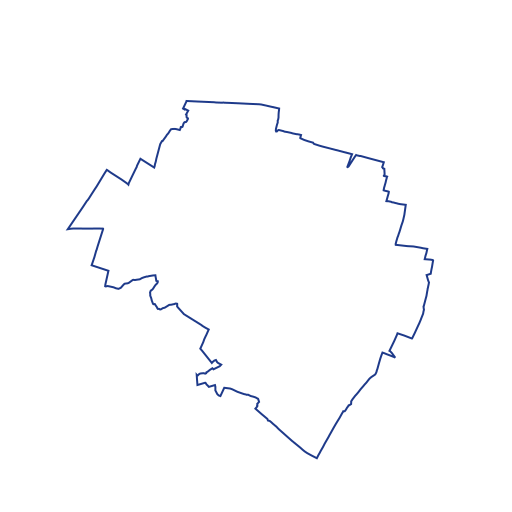 Mihail Kogalniceanu, Tulcea, Romania, rotated 30°
{"feature_id": "2599482B55110090687789", "entity_name": "Mihail Kogalniceanu", "entity_type": "district", "adm_level": 2, "iso_a3": "ROU", "parent_name": "Romania", "parent_adm1": "Tulcea", "projection": "mercator", "projection_center": [28.734, 45.026], "detail": "fine", "context": "isolated", "style": "outline", "palette": "blue", "viewbox_px": 512, "rotation_deg": 30, "n_neighbors": 0, "source": "geoboundaries", "source_scale": "gbopen_adm2", "svg_char_len": 6077}
<svg xmlns="http://www.w3.org/2000/svg" viewBox="0 0 512 512"><g transform="rotate(30 256 256)"><path d="M416.2,184.0L415.6,182.5L414.8,180.3L414.6,179.7L413.9,177.5L412.5,173.8L411.6,171.3L411.1,171.1L408.9,171.9L403.7,174.4L402.7,171.1L402.1,168.3L401.3,165.8L400.8,164.2L396.7,165.8L394.7,166.4L387.6,169.0L382.1,171.8L373.8,175.4L370.7,176.8L371.0,176.5L371.0,176.0L370.2,173.2L369.7,171.1L369.2,169.1L369.1,168.0L368.4,164.7L368.3,163.9L367.7,161.2L366.7,157.1L365.9,152.9L365.3,150.7L363.9,146.2L360.1,136.8L354.9,139.0L352.8,139.7L351.5,140.0L350.3,140.4L348.3,140.9L346.9,141.5L345.9,141.5L344.1,142.1L343.2,142.4L342.2,143.0L341.5,143.3L340.2,138.3L339.5,135.4L339.1,134.4L339.0,134.0L338.7,133.9L338.3,134.0L335.4,134.9L333.7,135.3L333.5,134.9L333.3,134.3L332.7,132.5L332.4,131.1L332.1,130.1L331.9,129.2L331.5,127.6L330.8,125.4L330.3,123.4L329.8,121.9L329.8,121.7L328.8,121.9L328.1,122.3L327.5,122.5L326.7,122.7L326.5,122.4L326.7,121.8L326.7,121.4L326.5,120.9L323.5,116.3L322.1,116.6L321.1,115.8L320.8,115.8L320.5,114.0L319.8,110.9L304.6,115.0L296.5,117.1L295.9,117.5L292.6,118.5L292.2,118.5L292.0,120.2L291.8,123.8L291.4,132.1L291.0,133.0L290.7,133.9L290.2,130.9L289.5,126.6L288.8,123.5L288.3,119.8L258.7,128.0L255.5,128.8L250.3,129.9L249.7,129.8L248.8,129.3L244.1,130.5L239.7,131.4L235.6,131.8L235.3,131.7L234.5,128.7L232.7,129.2L230.8,129.9L230.3,130.2L228.8,130.7L226.4,131.5L224.9,131.8L221.2,133.0L218.3,134.1L217.5,134.1L214.0,135.1L212.7,135.5L212.4,135.8L212.1,136.5L211.8,137.7L211.2,138.1L210.5,137.6L209.7,135.9L208.5,131.7L208.1,129.6L207.1,127.9L207.0,126.9L206.3,124.9L204.7,122.0L203.7,119.9L203.1,118.4L202.3,116.7L184.7,122.2L182.7,123.1L173.5,127.9L164.5,132.5L157.0,136.4L151.9,139.1L151.2,139.3L150.0,140.2L144.5,143.1L143.0,143.7L128.8,151.1L118.3,156.5L118.5,157.3L119.1,164.8L121.0,164.8L121.0,164.2L124.6,164.0L124.7,168.5L125.4,168.6L126.4,170.4L127.2,170.8L128.2,170.8L128.5,171.2L128.6,173.9L128.4,174.9L127.9,175.4L127.3,175.7L127.1,176.2L127.0,177.4L127.7,180.6L127.7,181.0L127.4,181.3L126.7,181.6L126.4,181.9L126.8,183.3L127.0,185.0L123.8,185.9L122.4,186.4L120.1,187.8L119.0,188.8L118.9,190.1L118.8,190.6L118.8,191.6L118.7,193.8L118.3,195.4L118.2,197.7L117.6,203.2L117.1,203.5L117.1,206.8L117.3,207.7L121.0,221.4L122.0,224.4L122.6,227.0L123.3,228.8L123.6,230.3L107.3,229.6L107.8,237.2L108.2,238.8L108.2,239.6L108.2,240.0L108.5,244.2L108.8,248.5L109.2,253.7L109.4,256.4L109.8,258.0L109.1,257.8L106.8,257.5L101.2,257.0L88.5,256.4L84.3,256.0L83.7,256.0L83.5,260.4L83.2,275.5L83.0,278.5L82.7,284.5L82.5,289.7L82.3,291.8L82.0,292.9L81.6,300.0L79.6,326.9L82.1,324.9L83.7,323.8L86.0,322.4L93.8,318.0L106.7,310.5L109.6,308.9L109.9,308.8L110.1,309.0L114.0,326.8L114.6,329.3L114.9,330.4L114.9,331.1L116.6,337.7L118.3,346.2L135.6,342.6L139.8,356.0L140.5,357.6L141.1,357.5L142.5,356.2L145.5,355.2L148.4,354.3L150.8,354.0L153.3,353.2L154.8,351.2L155.2,349.3L155.3,348.7L155.6,347.3L156.0,345.8L156.8,345.1L158.4,343.9L159.2,343.0L161.2,338.5L161.6,338.0L163.1,337.4L164.8,336.0L167.0,334.3L168.2,332.2L169.6,330.5L171.6,328.4L172.5,327.9L173.3,327.0L176.6,324.3L178.5,323.0L179.3,324.0L179.6,324.4L181.0,326.0L181.9,327.2L182.1,327.4L182.6,327.3L183.6,327.0L184.1,328.2L184.0,329.5L183.5,331.1L183.3,333.0L183.2,335.8L183.0,336.8L182.9,337.2L182.4,338.1L182.2,338.6L182.2,339.0L182.4,339.6L182.4,340.4L182.6,340.7L183.7,342.2L184.0,342.9L184.8,343.7L186.0,344.6L187.2,345.8L187.9,346.6L190.6,348.8L191.0,349.0L191.3,349.0L191.5,348.9L192.2,348.3L192.4,348.2L192.8,348.4L193.9,349.0L195.8,349.9L196.4,350.4L197.0,350.7L197.4,350.9L197.6,350.9L197.9,350.6L198.3,350.3L198.8,350.2L199.3,350.3L199.6,350.3L199.9,350.1L200.2,349.9L200.3,349.7L201.5,347.6L202.2,347.0L202.8,346.4L204.1,344.0L205.3,341.7L206.9,340.6L207.7,339.9L208.3,339.3L209.4,338.4L209.9,337.6L210.3,337.3L211.2,336.9L211.6,336.8L212.4,338.0L212.5,338.4L212.9,339.1L214.1,339.6L222.7,342.4L243.6,343.1L244.2,343.3L248.1,343.4L251.8,343.3L252.5,349.8L252.5,350.5L252.7,352.8L252.8,353.9L253.2,356.0L253.4,357.1L254.1,364.1L256.7,365.0L271.2,370.7L271.3,369.9L272.2,367.4L273.3,366.1L275.5,367.4L276.8,367.6L280.2,367.5L279.7,369.6L275.8,375.4L274.4,375.0L273.0,377.7L272.0,380.3L271.2,381.6L271.5,382.4L270.8,383.3L269.4,383.6L268.0,384.5L266.7,385.5L266.0,386.3L265.6,387.3L265.3,388.6L265.0,388.9L264.1,388.6L266.7,392.5L269.8,397.0L275.2,391.3L275.5,391.1L276.0,391.2L277.2,391.9L277.7,392.1L278.5,392.2L280.6,392.9L285.0,388.3L286.3,389.7L288.0,392.7L291.6,395.0L293.5,395.4L295.2,395.1L294.4,386.0L299.9,383.7L302.1,383.3L307.8,382.9L314.6,381.6L316.4,381.0L317.2,380.9L317.5,380.8L317.9,380.5L318.4,380.1L321.5,379.9L323.9,379.2L326.3,378.7L328.4,378.7L329.0,378.6L329.3,378.7L331.6,380.8L331.0,383.5L331.8,384.4L331.7,384.9L332.3,385.6L331.8,388.5L339.8,390.1L347.3,391.4L348.6,392.5L350.3,392.0L352.3,392.3L354.4,392.8L359.4,393.7L360.9,394.2L362.9,394.7L379.5,398.1L390.1,399.8L392.9,400.4L394.0,400.6L395.9,400.9L398.8,401.1L403.6,401.0L409.8,400.7L409.6,397.3L409.6,394.6L409.5,392.6L409.5,387.8L409.3,384.0L409.3,376.5L409.2,374.1L409.2,372.5L409.1,365.4L409.1,361.6L409.2,357.5L409.3,354.8L409.2,348.9L409.3,347.6L409.2,346.8L410.0,346.4L410.4,346.1L410.6,345.2L410.7,343.8L410.7,341.5L410.9,340.7L410.9,339.2L411.1,339.2L412.4,336.7L411.6,335.1L411.1,334.3L411.2,332.0L411.8,327.4L412.2,325.7L412.7,323.0L413.2,319.1L414.0,315.0L414.3,313.1L414.9,310.5L415.5,306.1L415.8,304.9L416.4,303.2L417.4,301.2L418.3,299.4L418.5,298.5L418.4,296.9L418.2,295.7L417.9,294.9L417.6,293.1L416.0,287.0L414.9,282.5L414.3,279.4L413.8,276.4L415.9,276.0L418.2,275.7L421.8,275.1L425.9,274.5L427.4,274.4L422.2,272.1L419.9,271.4L419.0,271.4L418.2,260.4L417.8,256.7L417.5,253.9L417.2,252.2L424.0,250.8L432.3,249.5L432.4,249.4L432.0,243.4L431.1,233.7L431.1,233.2L430.5,228.4L430.4,228.1L429.6,222.5L428.8,220.3L428.3,218.5L427.2,217.2L426.3,215.9L426.4,215.7L424.2,207.7L423.6,205.4L421.8,200.6L421.6,199.9L421.0,198.5L420.8,197.6L420.3,196.2L419.7,194.3L419.2,192.9L419.1,192.5L417.3,191.1L413.3,187.2L413.9,186.6L414.5,185.9L416.2,184.0Z" fill="none" stroke="#1e3a8a" stroke-width="2"/></g></svg>